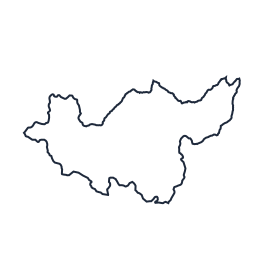 the district of Lunana, Gasa, Bhutan, rotated 191°
{"feature_id": "84629894B27866882347456", "entity_name": "Lunana", "entity_type": "district", "adm_level": 2, "iso_a3": "BTN", "parent_name": "Bhutan", "parent_adm1": "Gasa", "projection": "orthographic", "projection_center": [90.007, 27.974], "detail": "fine", "context": "isolated", "style": "outline", "palette": "slate", "viewbox_px": 256, "rotation_deg": 191, "n_neighbors": 0, "source": "geoboundaries", "source_scale": "gbopen_adm2", "svg_char_len": 5802}
<svg xmlns="http://www.w3.org/2000/svg" viewBox="0 0 256 256"><g transform="rotate(191 128 128)"><path d="M28.2,197.7L28.9,197.2L30.2,197.0L30.6,196.7L31.6,194.5L32.0,194.3L32.1,193.9L32.9,192.8L33.7,190.9L35.9,189.7L36.6,189.1L36.8,189.3L37.7,190.7L39.6,191.6L40.4,192.6L40.7,193.8L41.4,194.8L41.5,196.4L42.7,195.0L43.6,194.8L44.7,194.1L45.6,193.9L45.9,193.5L45.8,193.0L46.4,192.5L46.8,191.3L47.7,189.8L47.9,188.3L48.5,187.4L48.8,187.1L49.4,187.0L50.8,185.9L52.2,185.5L52.5,184.9L52.7,183.5L53.5,182.1L54.4,181.2L56.3,180.9L57.1,179.9L57.8,177.6L58.6,176.6L59.0,174.7L59.6,173.7L59.8,173.0L61.0,171.7L61.3,170.9L61.5,169.5L62.2,168.9L63.5,168.5L64.6,167.9L64.9,167.6L65.0,167.2L67.0,166.2L67.5,165.7L68.3,166.0L70.4,165.4L70.9,165.6L71.7,165.6L72.2,166.0L73.9,166.0L74.5,165.6L74.7,164.7L75.0,164.4L75.7,164.7L75.9,164.7L76.9,163.9L78.0,163.7L79.3,162.6L79.6,162.5L79.9,162.5L81.3,164.5L81.8,164.7L83.0,164.2L84.2,164.6L84.4,164.6L84.7,165.0L86.2,166.1L87.3,166.6L87.4,166.9L87.3,167.1L89.2,168.5L89.4,169.6L89.9,169.8L91.0,170.6L92.7,170.4L93.4,170.7L94.9,170.9L95.4,171.1L96.0,171.9L97.2,172.5L98.2,172.7L99.6,173.6L100.9,173.7L101.6,174.2L102.3,174.2L104.6,175.3L105.3,175.8L105.7,176.8L106.0,177.8L106.3,178.0L107.5,178.0L109.0,178.7L110.9,178.7L112.1,179.3L112.1,178.6L112.3,177.5L112.1,175.9L112.6,174.7L112.7,173.7L112.5,173.0L112.6,171.1L112.2,169.9L113.0,167.7L113.4,167.2L114.6,166.6L115.2,166.9L117.0,166.8L118.4,166.2L119.4,166.2L120.8,165.3L122.4,165.5L123.2,164.8L123.5,165.2L124.1,165.3L125.3,165.0L125.9,165.1L126.5,165.6L127.0,165.6L127.3,165.9L128.0,166.1L128.9,166.9L130.5,166.9L132.2,165.2L132.6,164.4L134.1,163.7L135.1,162.4L135.6,162.1L135.8,161.6L136.9,160.6L137.0,159.7L137.3,159.3L137.3,158.6L137.7,157.3L138.6,156.4L139.2,153.3L139.7,152.3L140.5,151.5L140.5,151.1L140.9,150.5L141.7,149.9L141.8,149.3L142.1,149.0L142.8,148.7L143.4,148.0L143.8,146.9L145.1,145.5L145.5,144.2L146.6,143.0L147.0,141.8L148.7,140.5L148.9,139.0L150.3,137.6L151.7,134.3L152.8,133.2L153.0,132.1L152.8,131.1L153.2,130.1L153.8,129.3L153.9,128.7L153.6,128.0L153.8,126.8L154.2,126.1L155.1,125.4L156.4,125.4L157.2,125.1L159.8,124.7L160.6,125.0L164.0,125.0L164.9,124.7L166.2,124.0L166.9,123.0L168.6,122.3L169.2,121.7L171.3,121.7L172.3,122.0L173.0,122.6L173.8,124.4L176.0,125.2L178.0,127.3L178.5,128.2L178.6,128.9L178.4,130.0L177.9,131.5L177.5,131.9L177.1,133.4L177.8,133.9L178.3,134.9L178.6,136.5L180.5,140.8L182.1,142.4L182.5,143.0L182.9,144.1L183.2,145.7L183.5,146.1L185.7,146.3L186.2,146.5L187.6,147.4L188.5,148.7L189.0,149.1L189.5,149.1L191.6,148.8L192.9,146.8L194.5,144.9L195.7,144.6L199.7,145.6L201.4,146.9L201.9,147.1L202.9,146.8L203.6,145.4L203.9,145.1L204.8,144.9L205.8,144.9L206.3,145.1L206.7,145.3L207.1,146.2L207.5,146.6L208.4,146.7L209.3,146.1L210.4,144.6L210.8,143.7L210.9,142.7L210.7,141.7L209.9,139.8L209.5,138.2L209.6,137.5L210.2,136.3L210.1,134.8L209.8,133.8L208.4,131.6L207.9,130.5L208.0,129.9L208.2,129.5L209.5,128.0L209.4,127.4L209.2,127.0L208.3,126.3L208.0,125.8L207.4,123.1L207.3,120.2L207.5,118.4L207.8,117.9L209.3,117.3L210.2,116.2L210.6,115.8L211.1,115.7L213.3,115.5L214.4,115.6L217.0,115.9L218.5,116.3L219.0,116.3L220.0,115.9L220.8,114.9L221.8,112.1L222.5,111.0L223.2,110.3L224.1,109.8L225.6,109.5L226.3,109.1L228.4,104.7L229.2,103.4L228.1,102.4L226.8,100.5L226.1,100.3L224.6,100.3L219.7,98.2L216.6,98.8L215.1,97.7L213.8,97.1L213.1,97.3L212.2,99.3L211.0,99.9L207.9,100.5L206.4,99.9L205.3,99.0L204.2,96.9L203.9,95.1L204.0,93.9L202.4,90.4L202.4,89.1L200.4,87.6L199.7,86.3L197.9,85.9L196.8,83.7L194.9,81.2L193.2,80.1L188.3,79.8L187.0,79.0L185.9,77.5L185.4,75.8L184.8,74.9L184.2,70.6L183.9,70.1L182.3,70.0L179.7,70.2L178.8,70.0L176.9,70.4L173.2,74.8L168.0,74.7L163.0,72.7L157.9,71.3L156.3,69.6L153.8,68.6L153.5,68.1L153.6,67.6L154.3,66.9L154.4,65.8L154.2,65.0L152.9,63.8L152.4,62.8L151.2,62.2L148.7,61.7L146.9,59.8L144.3,59.5L142.5,59.5L140.4,58.3L134.8,58.5L134.8,58.9L136.7,63.4L136.6,64.1L136.0,64.8L134.8,67.3L134.6,68.1L134.8,69.6L135.4,70.7L136.4,71.4L136.8,75.1L135.9,75.9L133.1,76.4L130.2,75.4L129.9,74.9L128.6,73.6L127.1,71.7L126.1,70.7L125.4,70.2L123.0,70.7L121.3,70.7L119.4,70.1L118.7,70.3L117.0,71.6L115.9,74.2L113.5,75.9L111.8,75.0L110.3,73.7L109.5,72.6L108.9,68.4L107.6,67.6L106.1,66.3L105.2,66.3L103.8,65.9L101.8,64.9L99.8,61.6L95.7,59.3L92.6,60.3L91.2,60.6L89.5,63.0L88.5,65.2L87.4,65.9L86.9,66.0L86.4,66.0L85.6,65.2L85.1,63.4L85.5,62.2L86.0,61.6L86.9,61.1L87.2,60.4L87.1,60.0L86.8,59.8L83.7,60.7L79.8,60.8L79.1,61.0L78.3,61.9L77.0,62.7L74.1,62.0L74.0,63.0L73.8,63.5L72.4,65.4L72.0,67.4L70.1,72.9L70.1,73.8L70.4,74.9L71.6,76.4L71.3,78.7L71.0,79.0L69.2,80.0L68.0,80.9L65.6,82.3L64.9,83.3L64.7,83.9L64.6,86.0L64.7,86.7L63.6,88.9L63.2,90.0L63.2,90.7L64.1,91.9L64.3,92.8L63.9,96.5L63.9,99.3L67.0,105.1L69.4,106.6L70.0,107.5L69.7,108.0L68.4,109.2L68.4,110.0L69.3,111.4L70.2,112.2L70.9,112.4L71.6,113.1L72.8,113.4L73.2,114.3L73.7,117.1L74.3,118.9L73.6,121.4L73.7,123.0L74.5,124.8L73.9,127.7L72.1,130.4L71.3,131.0L69.9,131.2L69.0,130.9L66.3,129.4L65.0,129.7L64.4,129.3L62.9,127.7L62.5,126.5L61.6,124.9L59.8,124.8L59.1,125.1L58.3,125.2L57.6,125.6L57.0,125.5L56.5,126.0L53.2,128.2L51.8,130.0L51.5,131.2L50.9,132.0L49.5,133.4L47.3,134.5L47.2,134.8L45.1,136.3L44.1,136.5L42.4,138.0L40.9,138.1L39.6,137.7L38.7,138.2L38.4,139.8L37.8,140.3L37.7,143.2L37.6,143.9L37.1,144.6L37.0,145.6L37.3,147.9L36.3,148.7L35.4,149.9L33.6,151.5L33.1,151.7L31.7,152.7L30.9,153.8L29.6,155.0L29.1,156.1L28.6,156.7L28.3,157.8L28.7,159.4L28.4,161.9L28.5,164.7L28.3,165.1L28.3,165.8L28.7,167.3L28.7,168.1L29.0,168.7L29.1,170.1L30.0,171.7L30.4,174.5L30.4,176.0L30.2,176.8L30.6,177.3L30.6,178.0L30.0,179.5L30.0,180.0L29.5,180.8L29.3,182.0L28.2,183.5L28.2,184.7L28.6,185.4L28.6,186.6L27.9,188.6L27.0,190.3L26.8,192.6L27.3,194.7L27.3,195.8L28.2,197.7Z" fill="none" stroke="#1e293b" stroke-width="2"/></g></svg>